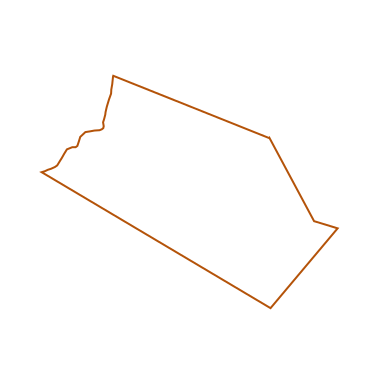 Annus, Laborie, Saint Lucia, rotated 16°
{"feature_id": "8701671B25026940525342", "entity_name": "Annus", "entity_type": "district", "adm_level": 2, "iso_a3": "LCA", "parent_name": "Saint Lucia", "parent_adm1": "Laborie", "projection": "orthographic", "projection_center": [-61.008, 13.775], "detail": "fine", "context": "isolated", "style": "outline", "palette": "amber", "viewbox_px": 384, "rotation_deg": 16, "n_neighbors": 0, "source": "geoboundaries", "source_scale": "gbopen_adm2", "svg_char_len": 633}
<svg xmlns="http://www.w3.org/2000/svg" viewBox="0 0 384 384"><g transform="rotate(16 192 192)"><path d="M42.0,214.4L299.5,282.0L342.0,186.8L318.7,186.4L317.4,186.4L251.5,118.6L251.4,118.9L84.3,102.0L84.3,103.0L85.6,110.3L86.2,115.9L86.6,117.5L87.1,119.8L86.7,125.9L86.6,133.6L86.9,139.1L87.3,141.5L87.4,145.5L87.4,146.8L87.3,149.5L89.0,153.1L89.1,155.1L88.0,156.6L86.1,158.1L81.3,159.8L77.1,161.9L73.0,163.8L69.4,169.8L69.3,174.7L69.1,179.3L67.8,181.0L64.6,181.9L60.0,185.5L58.6,190.5L57.5,195.1L56.6,198.2L55.1,203.6L53.3,205.8L50.0,208.6L47.3,210.4L44.8,212.6L42.0,214.4Z" fill="none" stroke="#b45309" stroke-width="2"/></g></svg>